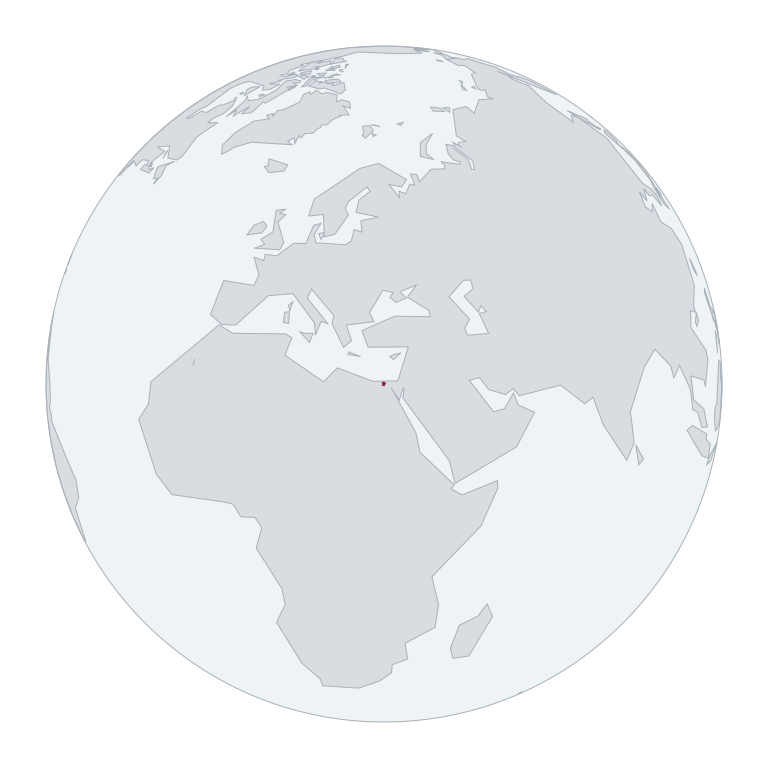 the Earth from above Al Minufiyah
{"feature_id": "EGY-1532", "entity_name": "Al Minufiyah", "entity_type": "Governorate", "adm_level": 1, "iso_a3": "EGY", "parent_name": "Egypt", "parent_adm1": "", "projection": "orthographic", "projection_center": [31.025, 30.446], "detail": "fine", "context": "on_globe", "style": "filled", "palette": "rose", "viewbox_px": 768, "rotation_deg": 0, "n_neighbors": 0, "source": "natural_earth", "source_scale": "10m", "svg_char_len": 10817}
<svg xmlns="http://www.w3.org/2000/svg" viewBox="0 0 768 768"><circle cx="384" cy="384" r="338" fill="#eef3f6" stroke="#a8b0b8"/><path d="M349.9,47.8L378.7,46.2L389.4,46.1L391.7,46.2L388.7,46.3L398.0,46.4L423.5,48.4L423.6,48.5L430.9,49.5L429.6,49.8L414.5,48.6L413.4,49.0L424.1,50.2L429.6,51.9L414.1,50.0L422.1,53.1L398.3,53.7L357.7,52.0L343.8,56.0L300.3,64.7L303.6,65.5L289.2,70.6L287.7,73.7L280.0,75.3L285.4,76.6L292.7,74.6L297.5,74.7L297.3,76.6L287.5,78.7L286.2,78.0L283.2,79.7L278.4,80.1L280.6,81.0L268.8,83.9L280.0,84.1L270.2,89.1L262.5,90.2L264.0,86.0L249.8,81.4L242.5,82.9L230.6,88.3L206.6,106.2L198.2,110.2L186.3,118.6L190.5,117.7L201.4,111.1L206.3,112.5L219.1,105.1L222.9,105.0L235.7,99.9L232.9,105.4L223.3,113.8L212.6,118.6L208.0,122.8L217.6,122.6L196.9,136.8L182.2,156.3L177.0,160.0L167.9,158.0L169.6,145.9L157.9,146.9L164.6,151.5L151.3,162.3L148.8,166.6L149.0,169.6L153.7,167.8L148.9,173.0L140.6,169.5L144.7,164.6L147.4,165.5L148.0,160.4L142.3,159.7L136.1,166.0L134.1,161.1L129.6,165.9L126.6,168.0L133.9,160.4L120.7,174.5L117.7,176.0L133.6,157.1L150.9,139.3L169.5,122.9L189.2,107.9L209.9,94.4L231.6,82.4L254.1,72.0L277.4,63.4L301.1,56.4L325.4,51.2L349.9,47.8ZM53.9,311.6L52.4,321.3L51.8,323.6L48.1,359.1L50.0,385.4L50.4,401.9L49.6,407.5L51.6,416.0L51.7,421.2L64.9,454.3L76.1,480.4L78.7,497.9L75.3,507.7L85.9,542.0L84.2,539.9L73.0,516.2L63.8,491.9L56.4,466.8L51.0,441.3L47.5,415.4L46.1,389.4L46.7,363.3L49.3,337.3L53.9,311.6ZM432.1,49.7L434.4,49.9L437.2,50.5L432.1,49.7ZM236.4,97.4L236.0,98.7L233.8,98.9L236.4,97.4ZM242.2,94.3L239.9,93.8L242.4,92.2L243.7,92.6L242.2,94.3ZM437.9,51.6L441.7,52.9L435.2,51.3L437.9,51.6ZM244.5,95.5L247.0,89.6L251.4,87.1L260.2,86.6L244.5,95.5ZM442.3,53.5L451.8,57.4L457.7,58.0L446.5,59.4L442.1,55.1L433.1,52.8L440.1,53.8L442.3,53.5ZM295.1,73.2L287.3,75.4L294.0,71.9L295.1,73.2ZM298.2,71.1L311.9,62.0L323.3,60.4L316.4,63.4L331.2,60.5L330.0,64.1L321.6,66.5L314.5,66.7L319.5,68.0L298.2,71.1ZM438.8,60.0L438.9,61.2L435.9,59.8L438.8,60.0ZM299.9,74.5L301.7,72.5L311.6,70.9L309.9,74.6L307.3,73.8L299.9,74.5ZM335.7,58.3L342.8,58.1L343.8,60.8L346.7,61.2L331.0,64.1L335.7,58.3ZM304.9,75.2L308.8,76.6L303.9,79.3L298.9,76.4L304.9,75.2ZM314.9,69.0L319.6,68.5L316.4,69.9L314.9,69.0ZM288.7,90.7L290.6,87.7L295.9,86.5L288.7,90.7ZM310.6,76.9L312.3,76.0L314.6,75.4L316.1,76.9L310.6,76.9ZM332.8,66.1L331.7,67.5L339.3,65.0L340.3,67.4L329.6,69.0L334.7,69.4L335.0,70.2L325.9,70.7L332.8,66.1ZM324.6,76.7L311.4,80.4L306.8,85.8L301.9,86.8L310.3,78.1L324.6,76.7ZM326.2,73.0L324.1,75.4L319.1,75.3L317.4,73.6L326.2,73.0ZM344.9,68.6L346.0,64.4L348.3,64.3L344.9,68.6ZM324.3,78.2L327.5,77.3L324.5,78.5L324.3,78.2ZM339.7,71.4L339.7,69.8L342.4,69.7L339.7,71.4ZM333.8,77.1L329.5,78.1L328.2,76.8L333.8,77.1ZM337.3,74.5L340.8,74.7L330.3,75.8L336.9,73.8L337.3,74.5ZM342.1,71.5L343.7,70.9L341.7,72.2L342.1,71.5ZM341.1,81.7L328.2,83.4L325.4,80.4L338.3,79.1L341.1,81.7ZM156.3,474.1L138.7,419.3L148.4,404.1L151.0,381.7L219.1,324.8L232.8,333.3L285.5,333.9L291.9,337.8L284.8,355.1L323.6,381.9L337.2,367.9L373.3,381.4L397.9,380.8L408.3,346.9L368.0,347.2L361.9,330.6L394.9,316.1L430.2,316.8L429.0,310.5L407.4,297.1L416.3,285.1L400.0,291.6L406.1,297.9L396.0,302.6L389.9,297.2L393.3,292.8L382.9,290.1L369.5,312.8L374.1,321.7L346.3,325.0L351.5,340.6L343.6,347.4L332.1,323.8L333.8,315.4L311.6,289.1L307.2,298.0L327.9,323.8L321.1,321.4L315.4,335.1L314.4,322.8L293.0,293.7L268.4,295.6L235.7,325.0L221.7,324.6L210.5,314.3L223.8,280.5L253.8,285.5L258.9,275.0L254.1,257.1L263.6,260.6L265.3,254.3L276.7,255.8L294.0,243.2L305.8,243.5L313.8,225.3L321.0,223.3L314.2,234.4L315.8,242.8L345.3,244.7L351.3,241.1L354.1,229.5L361.9,232.1L360.9,220.7L378.4,217.1L356.1,212.4L358.9,200.2L370.1,191.4L367.0,186.9L348.7,201.4L345.1,208.1L348.3,215.0L334.8,234.4L324.4,236.8L323.4,214.5L308.6,216.0L314.3,199.1L360.1,168.4L378.6,163.4L406.6,179.6L401.6,186.9L389.0,184.4L399.5,197.6L399.2,191.2L405.7,193.9L409.9,184.0L414.7,185.4L410.6,173.9L416.9,174.6L419.4,181.9L431.0,169.3L444.5,168.8L444.8,165.4L441.4,161.8L460.7,164.4L460.1,161.8L453.5,159.9L448.1,153.7L445.9,144.2L452.7,145.6L454.4,149.2L468.2,159.5L471.7,169.7L474.3,169.4L472.9,160.9L456.1,148.3L452.8,142.2L461.6,147.2L458.2,144.9L458.7,142.4L465.6,141.5L456.3,135.8L453.0,109.8L466.0,106.5L474.2,113.1L479.1,99.6L493.4,98.9L487.3,96.8L485.5,90.2L481.0,90.2L478.0,88.8L471.3,74.2L475.0,72.6L465.3,66.0L462.1,65.2L458.8,65.8L446.5,59.4L457.7,58.0L464.2,59.7L466.8,58.4L481.3,63.0L494.6,66.9L509.0,74.0L518.2,77.2L518.1,76.4L530.6,81.0L556.5,94.6L535.9,86.6L497.1,71.2L513.0,77.2L509.5,77.2L515.2,80.4L526.4,85.1L527.6,84.8L546.1,102.4L573.2,122.1L571.1,115.3L578.0,117.2L607.0,138.4L642.1,182.8L651.7,189.4L657.8,196.9L661.6,206.0L652.9,195.2L649.3,195.5L643.8,188.6L647.0,201.0L639.2,191.7L645.5,206.8L652.1,211.9L652.2,203.7L661.0,221.9L671.5,228.7L681.7,244.5L694.3,285.3L693.6,306.1L695.5,312.2L690.5,310.7L691.0,327.6L705.9,350.1L707.9,359.5L705.4,386.7L704.1,380.2L691.0,375.9L693.7,400.0L703.8,408.8L707.4,426.9L701.9,427.4L697.6,412.0L692.9,409.9L690.5,389.8L679.6,365.4L673.8,377.8L670.8,366.0L654.9,349.3L644.5,366.5L630.4,411.6L634.2,442.5L626.8,460.3L603.5,425.1L593.0,397.2L584.6,403.7L560.6,385.1L519.2,395.7L513.3,388.7L505.5,394.5L488.6,389.6L479.6,377.6L469.3,380.3L493.5,411.7L504.4,408.8L513.5,393.1L518.2,404.9L534.5,412.3L516.6,446.8L455.1,483.4L449.2,460.5L402.8,397.8L404.2,390.1L404.0,389.2L403.4,387.7L399.1,400.3L391.2,387.5L415.9,432.8L420.0,452.3L454.3,484.9L451.0,488.9L462.1,494.9L497.5,480.6L497.7,488.3L480.9,526.1L431.9,576.7L438.5,604.4L435.1,627.3L404.9,643.4L407.8,658.9L392.2,664.7L391.5,672.8L379.1,681.2L358.4,688.1L322.8,685.8L320.3,679.0L302.0,663.3L276.6,622.3L285.2,604.6L281.9,588.6L256.2,548.1L261.8,527.8L255.0,517.4L240.9,516.9L233.1,504.2L224.6,502.1L172.0,494.6L156.3,474.1ZM194.9,358.9L192.9,365.4L192.8,365.5L194.9,358.9ZM467.5,335.2L488.7,333.5L479.3,313.5L486.6,311.5L480.7,305.8L478.5,312.1L464.0,296.3L473.2,288.8L470.6,280.0L463.4,280.3L448.9,296.8L469.5,319.0L464.6,328.4L467.5,335.2ZM52.4,321.7L51.5,327.1L51.8,324.2L52.4,321.7ZM66.8,268.5L65.2,274.1L65.8,271.0L66.8,268.5ZM71.9,254.4L68.0,264.7L68.7,262.5L71.9,254.4ZM151.9,162.4L152.4,162.9L151.5,166.6L149.7,166.5L151.9,162.4ZM161.1,176.0L153.3,184.2L157.6,177.9L153.5,178.6L157.5,167.0L174.6,161.3L166.1,165.6L161.1,176.0ZM167.5,151.0L163.0,158.2L167.2,150.6L167.5,151.0ZM263.5,221.5L266.9,226.3L261.9,232.8L247.0,234.9L254.1,225.2L263.5,221.5ZM273.0,231.9L276.2,210.4L285.6,209.1L279.8,213.3L285.7,214.6L277.9,221.9L283.7,242.5L279.7,249.8L254.3,248.2L264.8,244.3L260.8,239.4L273.0,231.9ZM267.7,166.0L269.2,158.9L287.7,164.8L284.1,171.0L269.0,172.7L264.3,166.7L267.7,166.0ZM259.6,96.6L258.9,95.0L261.7,94.2L264.4,94.9L259.6,96.6ZM289.2,89.4L265.1,103.2L263.2,101.9L251.4,112.7L241.7,113.7L249.7,106.5L233.4,115.9L236.7,109.8L226.2,116.9L245.0,100.7L247.3,96.3L248.4,100.6L257.2,99.6L261.7,97.9L276.3,90.1L285.6,81.1L295.8,79.5L300.6,80.8L299.9,82.7L293.5,82.9L297.2,85.3L287.3,87.3L289.2,89.4ZM350.3,108.4L343.2,105.9L349.0,114.9L339.2,115.3L340.4,116.3L333.0,119.4L326.1,125.2L321.8,124.6L321.0,127.2L316.1,129.6L313.5,133.1L304.9,133.5L301.1,137.9L299.1,135.6L294.9,143.4L294.2,137.9L287.7,141.1L291.8,144.7L251.4,142.3L235.0,147.0L221.7,154.4L222.3,145.1L235.1,132.7L253.5,121.3L269.2,118.7L266.6,115.4L273.3,113.4L272.6,116.8L277.8,110.4L283.1,109.8L299.5,102.2L303.7,94.4L309.8,91.8L310.8,94.6L316.2,90.2L322.2,94.0L326.7,92.4L337.2,94.9L336.5,102.0L341.6,99.7L349.8,102.1L350.3,108.4ZM343.9,82.6L345.3,89.9L340.7,94.0L324.4,88.0L319.5,88.9L308.9,86.1L315.9,80.4L318.3,81.6L322.2,81.6L318.5,83.3L324.4,81.9L327.9,83.8L333.5,83.3L332.4,85.7L343.9,82.6ZM299.9,331.9L304.9,333.3L313.0,333.3L309.6,342.4L299.9,331.9ZM284.8,312.2L289.5,311.7L288.6,323.6L283.3,322.5L284.8,312.2ZM292.9,301.7L289.9,310.7L288.4,305.2L292.9,301.7ZM318.6,233.5L323.7,232.6L324.0,235.4L320.8,239.3L318.6,233.5ZM365.5,138.3L362.1,135.4L363.8,134.2L362.7,126.2L369.8,125.8L373.3,130.4L365.5,138.3ZM401.0,353.0L393.5,359.6L389.9,356.5L393.2,354.8L401.0,353.0ZM349.0,351.9L360.5,356.6L347.9,354.3L349.0,351.9ZM373.1,136.5L371.8,133.1L376.2,135.0L373.1,136.5ZM375.0,125.1L380.3,126.6L370.6,124.8L375.0,125.1ZM521.2,691.9L522.3,692.0L517.5,693.9L521.2,691.9ZM492.6,616.3L468.8,656.0L453.0,658.3L450.3,648.5L459.3,625.3L477.9,616.1L487.1,603.9L492.6,616.3ZM716.9,442.1L710.6,460.8L707.1,464.6L708.7,457.9L714.4,447.1L716.9,442.1ZM708.4,458.4L701.9,455.7L687.0,430.2L692.5,425.5L706.8,434.1L706.1,439.4L710.1,443.6L708.4,458.4ZM720.8,404.9L719.9,418.9L717.2,428.3L715.5,431.0L714.4,417.7L715.1,407.5L716.8,403.9L718.7,360.4L720.2,362.0L720.7,378.6L721.7,385.5L720.8,404.9ZM635.8,444.7L643.5,459.1L638.9,464.7L635.8,444.7ZM716.1,334.6L717.6,353.0L715.2,331.0L716.1,334.6ZM712.7,315.9L714.3,321.7L712.6,318.2L712.7,315.9ZM698.6,320.8L697.0,326.3L695.4,322.1L696.3,312.6L698.6,320.8ZM689.5,258.3L695.5,270.7L697.4,275.8L693.7,270.1L689.5,258.3ZM432.6,133.5L426.1,144.6L426.3,153.6L433.8,159.6L420.4,156.5L420.2,142.6L432.6,133.5ZM449.8,112.3L443.1,108.0L447.7,107.4L449.8,108.3L449.8,112.3ZM444.5,111.5L433.2,111.1L430.6,107.1L440.0,108.1L444.5,111.5ZM403.1,122.4L400.7,125.6L397.2,123.8L403.1,122.4ZM721.1,408.2L721.3,405.0L721.8,386.8L721.8,377.8L721.8,374.9L721.9,380.6L721.9,385.3L721.9,388.8L721.1,408.2ZM719.1,340.6L718.4,336.6L719.2,344.9L716.1,321.7L717.0,326.7L719.1,340.6ZM716.1,323.3L717.0,330.9L715.0,318.3L716.1,323.3ZM716.3,328.3L714.6,321.5L714.8,319.4L716.3,328.3ZM715.9,321.6L713.0,308.5L714.5,314.2L715.9,321.6ZM710.2,306.6L713.4,311.9L712.1,315.4L704.4,292.4L704.4,288.2L710.2,306.6ZM662.1,196.7L657.9,191.6L655.8,187.1L659.3,191.8L662.1,196.7ZM644.9,170.2L653.8,184.4L660.3,197.0L661.7,197.4L669.5,209.2L663.4,203.2L653.7,187.1L650.1,179.5L642.8,170.6L635.9,161.3L626.9,152.5L621.7,146.8L628.8,152.7L644.9,170.2ZM623.1,149.1L605.0,133.2L604.1,129.9L607.9,132.6L616.6,141.1L616.6,142.3L623.1,149.1ZM600.4,128.6L600.1,129.8L573.0,114.3L567.0,110.5L587.2,119.2L588.1,121.0L594.9,125.8L600.4,128.6ZM442.5,61.5L439.2,61.2L441.2,60.6L442.5,61.5ZM475.5,89.0L471.7,87.1L474.1,86.1L475.5,89.0ZM462.4,81.4L462.3,83.8L459.5,80.7L462.4,81.4ZM462.7,89.6L460.9,84.5L466.7,90.3L462.7,89.6Z" fill="#d9dde1" stroke="#a8b0b8" stroke-width="1"/><path d="M384.0,385.4L383.9,385.4L383.7,385.2L383.6,384.9L383.5,384.7L383.4,384.6L383.1,384.7L383.3,384.4L383.2,384.4L383.1,384.2L383.1,383.9L383.0,383.7L383.1,383.4L383.0,383.2L382.9,383.1L382.8,382.9L382.8,382.6L383.0,382.5L383.3,382.5L383.4,382.4L383.5,382.4L383.7,382.5L383.8,382.6L384.0,382.6L384.3,382.8L384.6,382.8L384.8,382.9L384.8,383.0L385.0,383.2L385.1,383.3L385.0,383.5L384.9,383.7L384.8,383.8L384.7,383.9L384.6,384.0L384.5,384.3L384.5,384.2L384.4,384.2L384.4,384.3L384.2,384.4L384.2,384.5L384.3,384.6L384.4,385.0L384.4,385.3L384.5,385.4L384.6,385.5L384.3,385.4L384.2,385.3L384.0,385.4Z" fill="#f43f5e" stroke="#9f1239" stroke-width="1.5"/></svg>